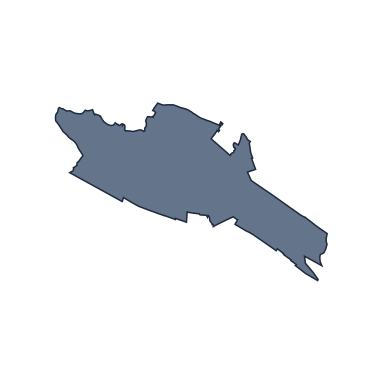 Urecheni, Neamt, Romania, rotated 60°
{"feature_id": "2599482B48962297444856", "entity_name": "Urecheni", "entity_type": "district", "adm_level": 2, "iso_a3": "ROU", "parent_name": "Romania", "parent_adm1": "Neamt", "projection": "robinson", "projection_center": [26.516, 47.174], "detail": "fine", "context": "isolated", "style": "filled", "palette": "slate", "viewbox_px": 384, "rotation_deg": 60, "n_neighbors": 0, "source": "geoboundaries", "source_scale": "gbopen_adm2", "svg_char_len": 5868}
<svg xmlns="http://www.w3.org/2000/svg" viewBox="0 0 384 384"><g transform="rotate(60 192 192)"><path d="M331.3,127.3L330.8,126.5L321.7,127.4L311.7,129.2L310.3,129.4L303.9,126.7L311.3,122.1L320.8,116.4L316.7,115.9L314.3,114.9L312.0,113.7L310.2,112.0L310.7,109.3L310.4,107.9L308.3,104.7L304.8,101.2L302.2,100.6L299.6,99.2L296.1,96.2L295.6,95.7L285.1,100.7L279.3,103.1L275.9,104.4L274.5,105.1L270.3,106.7L270.1,106.8L270.1,107.2L268.6,108.1L265.3,109.9L244.5,119.5L242.6,120.3L236.1,123.3L211.3,135.2L211.1,135.0L210.9,134.9L202.5,134.0L204.2,125.6L192.7,123.6L193.0,122.5L188.3,121.7L186.6,121.2L180.6,118.8L178.5,118.1L177.3,116.2L176.8,116.4L176.4,116.7L175.8,117.1L175.0,117.4L174.5,117.7L173.8,117.7L172.9,117.6L171.9,117.5L170.8,117.7L169.8,117.8L169.0,117.9L168.1,117.9L167.9,118.0L167.3,118.3L167.1,118.6L166.8,119.3L166.7,119.5L166.8,119.8L167.1,120.3L167.8,120.9L168.9,122.1L171.0,124.0L174.4,128.3L172.5,129.5L172.0,129.8L171.1,130.1L170.8,130.5L170.6,130.8L170.5,131.1L170.9,131.8L171.7,132.6L173.1,133.1L174.2,133.5L175.2,133.0L175.7,133.1L175.9,132.7L177.1,133.7L177.1,134.3L177.1,135.0L177.3,135.2L178.2,135.7L178.4,136.1L178.4,137.4L178.3,138.1L178.3,138.7L178.4,139.1L178.9,139.6L179.5,140.6L179.4,140.7L179.3,140.8L175.1,142.1L168.8,144.3L157.7,148.1L155.5,148.9L153.2,143.3L152.2,141.2L151.7,140.2L151.2,139.5L153.1,138.9L152.3,137.3L151.2,137.7L148.9,134.7L149.5,134.5L148.0,132.4L148.8,132.1L148.1,131.1L145.7,132.1L147.9,135.1L146.6,135.9L143.6,138.3L141.0,140.2L139.8,141.1L138.3,142.5L138.0,142.9L137.0,143.5L136.4,144.1L135.4,144.8L134.1,146.0L131.8,147.8L130.4,148.5L129.9,148.7L129.5,148.9L125.6,150.9L125.1,151.3L122.1,152.6L120.7,153.4L119.7,153.8L119.2,154.2L118.0,155.2L117.6,155.3L116.9,155.9L116.4,156.5L115.4,157.4L113.3,159.6L111.4,161.1L110.3,161.9L110.2,162.2L110.0,162.3L109.6,162.5L107.1,164.7L107.0,164.9L105.4,167.7L104.0,170.0L103.8,170.5L102.8,172.7L102.5,173.2L102.1,173.6L101.0,174.7L97.9,177.2L100.6,183.4L100.8,183.6L101.8,185.3L102.6,184.5L105.1,183.8L107.1,187.4L107.0,187.5L106.9,187.9L107.0,188.3L107.2,188.6L107.4,188.6L107.0,188.9L106.7,189.5L106.4,190.0L106.3,190.6L105.2,191.5L104.6,192.9L106.5,195.8L106.7,196.0L107.2,196.2L107.5,196.7L107.9,196.6L109.9,197.3L110.8,197.7L111.1,198.2L112.2,198.9L112.9,200.7L113.8,201.5L114.8,201.9L115.5,202.4L115.4,203.5L114.9,203.7L114.5,203.8L114.1,204.1L113.5,204.5L112.5,205.4L112.1,206.1L112.0,206.5L111.8,207.0L111.6,207.7L111.3,208.8L111.2,209.7L110.9,210.2L110.2,212.7L109.4,213.8L108.9,214.4L108.0,215.4L107.7,216.0L106.9,217.1L105.7,219.1L104.6,219.3L104.1,218.7L103.7,218.7L102.6,218.0L102.2,217.4L101.2,217.2L100.6,217.0L100.3,216.8L100.1,216.9L100.0,217.2L99.4,217.5L99.6,218.0L99.6,218.3L99.7,218.7L98.7,217.8L98.3,218.1L97.9,218.7L98.0,220.1L98.2,221.4L98.2,221.7L97.7,222.1L97.1,222.1L96.6,222.2L96.2,222.8L96.2,223.0L95.7,223.0L95.2,223.1L94.6,223.6L93.7,223.9L94.2,224.7L94.5,225.5L94.6,226.1L94.8,226.5L94.7,226.9L94.6,227.1L94.4,227.6L94.3,228.1L93.8,229.0L93.1,229.8L91.6,231.0L91.2,231.3L90.6,231.7L88.9,232.5L87.6,232.9L87.3,233.2L86.2,233.2L85.0,233.4L84.7,233.5L84.3,233.5L83.9,233.5L83.1,233.4L82.4,233.6L80.8,233.2L80.5,233.3L80.3,233.5L80.4,233.9L80.3,234.0L79.9,234.0L79.2,234.1L78.7,234.5L78.4,234.8L77.8,235.2L77.7,235.4L77.6,235.7L76.7,236.2L76.6,236.5L76.3,236.8L76.2,236.9L76.3,237.3L76.5,237.5L76.3,237.7L76.1,237.9L75.3,237.6L73.9,237.5L71.9,237.1L71.1,237.0L70.9,237.1L70.8,238.3L70.6,238.8L70.4,239.4L70.1,240.2L70.0,240.8L69.7,241.6L69.4,242.2L69.1,242.5L68.5,242.8L67.8,243.6L68.5,245.4L68.9,246.4L69.0,248.2L69.0,248.7L68.6,249.1L68.3,250.0L67.6,251.1L66.3,252.6L65.3,254.0L63.5,255.2L62.4,255.9L61.9,256.2L61.4,256.4L60.9,256.8L60.5,257.5L59.7,258.9L59.3,259.9L59.0,260.2L58.2,260.6L57.5,261.1L57.2,261.4L56.4,261.6L55.8,261.9L55.1,262.5L55.0,262.8L54.0,263.8L52.6,264.5L52.5,265.0L53.2,266.1L53.2,266.3L55.5,268.2L55.6,268.5L55.7,268.9L56.1,269.5L56.3,270.0L56.6,270.8L57.8,272.0L59.3,273.0L60.8,273.8L61.9,274.3L62.4,274.4L63.2,274.4L63.7,274.2L64.4,274.1L65.1,274.1L67.1,273.8L68.0,273.8L69.1,273.7L69.4,273.7L73.4,273.5L75.2,273.5L76.1,273.1L77.0,272.8L78.6,272.4L79.5,272.1L80.0,271.8L80.6,271.8L81.2,271.6L81.3,271.6L81.7,271.4L81.9,271.5L82.1,271.4L82.3,271.4L82.6,271.5L83.1,271.4L83.4,271.2L84.6,270.8L85.9,270.3L86.7,269.8L87.4,269.4L88.5,269.0L89.7,268.6L91.2,268.3L93.2,268.2L95.7,268.3L96.5,268.5L99.1,268.5L101.0,268.4L101.3,268.3L102.9,268.3L105.9,268.2L106.2,268.7L107.1,271.1L107.8,272.4L108.0,272.8L108.1,273.1L108.1,273.3L108.3,273.8L108.7,274.5L109.0,274.8L108.9,275.8L109.0,276.0L109.0,276.5L109.3,276.9L109.8,277.4L110.8,278.0L111.3,278.2L111.5,279.3L111.6,280.7L111.8,281.9L111.6,282.5L112.8,283.1L114.0,284.2L114.2,284.5L114.1,286.4L114.1,288.3L165.4,257.2L162.6,254.1L170.8,249.5L171.9,248.8L177.3,245.6L178.9,244.4L187.2,237.6L188.0,236.9L192.4,233.1L192.5,233.2L198.7,227.8L198.5,227.7L207.5,220.2L206.5,219.6L215.4,211.9L206.9,206.2L207.5,205.6L209.1,203.8L212.0,200.1L212.6,199.1L214.0,197.5L214.2,197.1L214.3,196.8L214.4,196.6L215.7,196.5L215.9,196.3L216.2,196.0L216.9,194.8L217.7,193.9L218.4,192.7L218.7,192.0L219.3,191.4L219.5,191.3L220.0,191.2L221.5,191.2L220.7,190.5L220.5,190.2L220.3,189.9L220.5,189.6L220.8,189.5L221.7,189.6L222.1,189.7L222.6,189.7L223.4,189.9L224.2,190.3L225.7,190.8L226.2,190.9L228.8,190.6L229.3,190.6L230.0,190.8L230.0,190.6L230.5,190.1L231.4,190.3L232.6,190.9L232.6,188.3L232.9,183.6L233.5,175.1L234.1,168.7L238.9,166.5L240.7,169.7L241.4,170.9L243.4,169.9L245.4,168.7L248.8,166.8L250.1,166.0L251.8,165.2L253.0,164.4L255.4,162.7L255.8,162.3L256.4,161.9L256.6,161.9L256.8,162.0L258.8,160.7L259.8,160.2L262.1,159.2L266.2,157.2L278.9,151.2L281.5,150.0L284.9,148.5L283.8,146.5L290.6,143.7L290.8,144.0L292.3,143.3L292.6,143.7L300.3,140.2L300.8,140.7L306.9,137.9L307.1,138.3L307.3,139.3L319.4,134.4L331.5,127.5L331.3,127.3Z" fill="#64748b" stroke="#1e293b" stroke-width="1.5"/></g></svg>